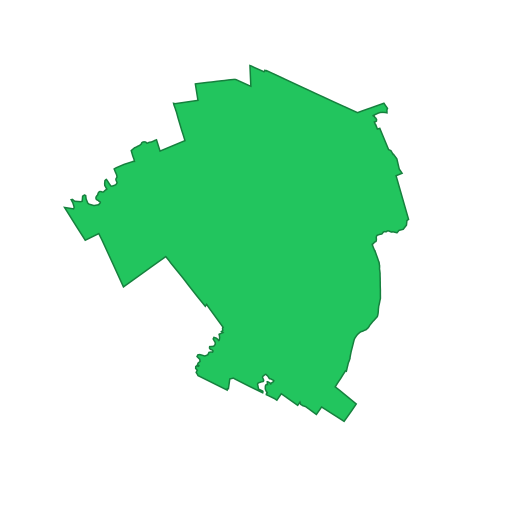 Buzoesti, Arges, Romania, rotated 73°
{"feature_id": "2599482B1086880995944", "entity_name": "Buzoesti", "entity_type": "district", "adm_level": 2, "iso_a3": "ROU", "parent_name": "Romania", "parent_adm1": "Arges", "projection": "robinson", "projection_center": [24.92, 44.587], "detail": "fine", "context": "isolated", "style": "filled", "palette": "green", "viewbox_px": 512, "rotation_deg": 73, "n_neighbors": 0, "source": "geoboundaries", "source_scale": "gbopen_adm2", "svg_char_len": 6056}
<svg xmlns="http://www.w3.org/2000/svg" viewBox="0 0 512 512"><g transform="rotate(73 256 256)"><path d="M153.6,424.9L175.5,419.0L190.6,414.8L191.0,414.7L188.6,399.8L195.8,398.6L223.2,394.9L246.8,391.8L239.2,369.3L235.9,359.6L230.2,342.5L235.0,340.5L237.7,339.6L255.9,332.2L264.0,329.2L277.0,324.2L289.3,319.2L287.8,317.4L293.7,315.5L314.6,308.3L314.7,308.5L315.2,309.1L317.7,309.6L318.1,311.1L319.6,310.0L319.8,312.3L320.0,313.1L319.9,313.5L320.1,314.2L321.6,314.3L323.3,314.6L325.7,315.7L326.0,316.3L323.1,317.8L321.5,320.0L322.8,321.2L326.7,320.3L328.6,320.8L330.0,322.9L329.1,326.8L330.4,327.4L332.0,326.9L332.6,325.7L334.3,324.8L335.3,325.7L334.7,326.9L334.4,329.1L336.4,331.0L336.7,334.2L335.2,336.4L333.8,338.6L333.5,340.4L334.9,341.8L338.3,340.0L340.5,340.3L341.4,342.6L342.9,343.8L344.2,342.7L344.7,343.2L343.7,345.1L344.2,346.0L346.0,346.6L347.3,345.8L348.2,345.6L348.7,346.3L350.0,347.3L351.0,346.9L353.5,346.4L354.5,345.3L375.8,322.8L374.5,322.2L374.9,321.2L365.9,317.0L366.2,313.2L367.2,312.4L378.2,301.0L388.8,289.6L388.0,289.1L387.3,289.0L387.0,289.2L384.0,292.5L383.5,292.4L381.2,292.2L380.5,292.1L379.5,292.1L378.7,291.8L378.3,291.3L378.0,290.6L378.0,288.9L377.9,288.0L378.1,285.9L377.8,285.4L377.4,285.1L376.2,285.0L374.3,285.3L373.6,285.1L373.0,284.5L372.6,283.3L372.3,282.9L372.2,282.4L372.0,281.2L374.4,279.8L375.8,279.4L377.1,279.1L377.4,278.8L377.7,278.0L378.8,276.9L379.8,275.9L380.4,275.4L380.6,275.4L381.4,276.4L381.6,277.0L382.0,278.5L382.2,278.9L382.7,279.2L382.7,279.4L382.5,279.5L381.9,279.5L381.4,279.8L379.6,281.6L379.6,282.1L380.0,282.1L380.6,282.2L381.4,282.5L381.6,282.5L382.3,282.6L382.1,283.2L382.0,283.7L382.1,284.1L382.4,284.5L383.2,285.1L385.5,285.9L386.4,286.0L388.7,285.7L389.3,285.5L389.6,285.2L389.9,285.1L390.2,285.2L390.3,285.5L390.4,285.9L390.6,286.2L391.6,286.7L397.8,280.0L399.0,279.0L400.0,278.2L395.1,272.1L411.0,259.8L408.6,256.7L410.9,256.7L412.2,255.5L412.7,255.2L414.6,252.5L425.2,244.6L420.5,238.6L419.6,237.4L439.9,220.1L432.6,210.6L428.2,205.1L426.8,203.4L408.3,215.7L404.3,218.5L400.9,214.6L397.7,210.6L395.3,207.9L392.0,204.0L392.6,203.3L390.8,202.2L389.5,201.5L386.9,199.9L385.9,199.4L384.5,198.4L383.6,197.6L381.3,196.0L380.4,195.7L378.3,194.6L375.3,193.0L370.9,190.3L366.4,187.6L364.6,186.5L363.7,185.7L363.1,185.0L361.7,183.3L360.8,182.0L360.3,181.0L359.5,179.2L359.2,178.3L359.1,177.8L359.1,175.7L358.8,174.4L358.8,173.6L358.6,172.6L358.7,172.4L357.6,170.0L356.6,168.6L355.6,167.6L353.3,164.2L352.8,163.5L352.3,162.5L351.8,161.6L351.3,160.8L349.8,158.3L349.5,157.8L349.1,157.5L348.9,157.3L347.1,156.3L345.8,155.7L344.3,155.1L342.6,154.5L340.1,153.4L339.7,153.3L339.4,153.1L339.2,152.9L336.9,151.6L335.0,150.6L332.9,149.4L330.5,148.7L328.8,148.2L324.9,147.0L320.4,145.8L317.8,145.0L315.6,144.4L314.4,144.0L311.4,143.2L310.7,143.0L309.4,142.6L308.7,142.4L306.0,141.9L304.6,141.7L303.6,141.4L302.9,141.1L301.5,140.7L301.2,140.6L300.6,140.6L299.9,140.5L299.5,140.4L298.6,140.2L298.0,140.2L297.3,140.2L297.2,140.3L296.9,140.3L292.9,140.4L291.3,140.5L289.4,140.6L288.6,140.6L287.3,140.7L286.1,140.7L285.9,140.8L285.6,140.7L285.4,140.8L285.4,141.0L282.2,141.3L279.1,141.5L278.7,141.3L278.5,140.3L278.2,139.8L277.4,138.6L277.3,138.0L277.3,137.4L277.1,137.0L276.8,136.7L276.3,136.4L275.5,136.1L275.1,135.9L274.3,135.8L273.6,135.7L272.9,135.3L272.1,134.8L271.8,134.4L271.6,134.0L271.5,131.3L271.7,129.9L271.6,128.9L271.4,128.6L270.5,127.5L270.2,126.5L270.2,126.1L270.4,125.8L270.7,125.0L270.9,124.1L270.5,123.3L270.5,122.5L270.7,122.0L272.4,119.9L272.7,119.4L272.9,118.8L272.8,118.1L275.0,114.4L273.3,111.7L273.5,107.4L270.5,103.1L266.2,101.3L265.6,99.4L220.2,98.6L219.6,92.1L214.7,93.6L204.3,92.9L198.9,94.8L198.9,95.2L194.7,96.2L193.0,98.1L170.1,100.3L170.1,102.8L165.8,103.1L165.9,103.3L163.2,103.6L162.4,103.6L162.5,102.4L162.2,101.4L160.8,100.8L159.0,101.2L158.3,101.9L157.1,101.9L156.5,102.2L156.5,102.8L155.9,102.9L155.1,97.4L155.1,95.1L155.6,93.1L156.3,91.1L156.9,89.8L157.4,88.9L154.5,88.1L153.3,87.1L149.6,88.3L147.3,89.0L148.3,112.0L148.6,117.0L147.8,117.9L132.0,135.8L117.0,152.6L81.9,191.6L82.2,191.8L81.0,193.2L82.0,194.0L82.1,194.3L82.1,194.6L81.7,195.0L75.5,202.2L72.9,205.0L72.1,206.1L92.1,211.3L91.7,211.8L91.3,212.4L90.8,213.0L86.8,217.5L81.6,223.4L81.1,224.2L80.8,225.0L79.6,230.8L78.9,235.2L78.4,237.5L77.4,242.8L76.7,247.2L75.8,251.5L73.7,263.4L73.7,263.7L90.2,266.0L86.7,288.8L85.9,290.2L87.7,290.3L91.3,290.1L93.2,290.1L94.7,290.0L95.9,290.0L98.4,290.1L101.4,290.2L114.0,290.3L118.8,290.2L124.9,290.2L127.6,317.1L115.8,317.2L115.9,319.2L116.0,319.7L116.1,320.0L116.4,322.8L116.1,324.4L116.1,325.4L116.3,326.9L116.3,327.3L116.0,327.5L115.0,328.0L114.6,328.5L114.3,329.1L114.1,329.7L114.0,330.4L114.0,330.9L114.0,331.3L114.2,331.8L114.3,332.1L114.6,332.4L115.5,333.2L116.0,334.4L116.3,335.6L116.4,336.6L116.5,337.4L116.8,338.3L117.0,340.5L118.7,344.5L124.1,344.6L127.9,344.4L128.6,344.4L129.3,344.6L130.0,344.6L129.6,346.0L129.7,346.6L129.8,355.3L130.7,363.4L130.9,364.7L131.3,366.2L134.8,365.9L136.3,365.7L137.2,365.6L138.3,365.6L138.7,365.7L139.8,365.8L140.3,366.2L140.3,366.3L140.7,366.7L140.8,366.9L141.2,367.3L141.9,367.6L142.4,367.7L143.2,367.6L145.3,367.4L145.7,367.8L146.5,368.7L146.9,369.4L147.1,371.9L147.1,373.5L146.8,374.2L144.4,375.1L140.7,376.1L139.0,376.7L139.0,376.9L139.7,378.4L142.6,379.6L144.4,380.0L148.4,379.1L148.6,379.9L149.0,380.5L149.1,380.8L149.2,381.4L149.4,381.7L149.9,382.6L150.1,382.9L150.1,383.2L150.0,384.0L149.7,384.6L149.1,385.3L148.9,385.8L148.7,386.4L148.7,386.9L148.9,387.4L149.1,387.8L149.4,388.2L149.8,388.6L150.4,389.0L151.3,389.6L151.9,390.6L152.5,391.4L153.4,392.0L154.1,392.2L154.7,392.2L155.2,392.1L155.9,391.6L156.6,390.8L156.9,390.5L157.7,390.2L158.1,389.9L158.6,389.3L158.9,389.1L159.3,389.2L159.6,389.4L159.9,389.7L160.2,390.3L160.4,390.7L160.6,391.1L161.0,391.5L160.8,392.8L160.4,396.2L157.6,400.5L156.3,401.4L151.9,401.8L148.4,401.2L147.5,402.2L148.1,404.3L152.8,406.2L152.8,407.8L150.6,413.4L148.2,415.0L148.1,416.3L151.7,415.6L156.2,415.6L157.6,416.7L153.6,424.9Z" fill="#22c55e" stroke="#15803d" stroke-width="1.5"/></g></svg>